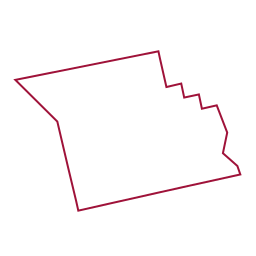 Jennings, Indiana, United States of America, rotated 258°
{"feature_id": "52423323B17963948858786", "entity_name": "Jennings", "entity_type": "district", "adm_level": 2, "iso_a3": "USA", "parent_name": "United States of America", "parent_adm1": "Indiana", "projection": "equal_earth", "projection_center": [-85.64, 39.002], "detail": "fine", "context": "isolated", "style": "outline", "palette": "rose", "viewbox_px": 256, "rotation_deg": 258, "n_neighbors": 0, "source": "geoboundaries", "source_scale": "gbopen_adm2", "svg_char_len": 403}
<svg xmlns="http://www.w3.org/2000/svg" viewBox="0 0 256 256"><g transform="rotate(258 128 128)"><path d="M198.5,27.8L149.0,60.2L101.8,61.2L67.5,62.1L57.5,62.2L57.9,93.4L58.5,144.3L58.8,174.7L59.2,228.2L68.1,227.1L83.6,215.6L102.9,224.1L131.7,219.5L131.5,204.3L146.1,204.3L146.1,189.3L160.4,189.3L160.1,174.1L189.4,173.7L196.7,173.7L198.5,27.8Z" fill="none" stroke="#9f1239" stroke-width="2"/></g></svg>